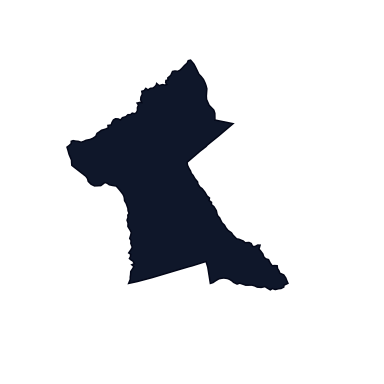 Araruna, Paraná, Brazil (Mercator projection), rotated 122°
{"feature_id": "56859067B30533502140604", "entity_name": "Araruna", "entity_type": "district", "adm_level": 2, "iso_a3": "BRA", "parent_name": "Brazil", "parent_adm1": "Paraná", "projection": "mercator", "projection_center": [-52.579, -23.926], "detail": "fine", "context": "isolated", "style": "filled", "palette": "ink", "viewbox_px": 384, "rotation_deg": 122, "n_neighbors": 0, "source": "geoboundaries", "source_scale": "gbopen_adm2", "svg_char_len": 3013}
<svg xmlns="http://www.w3.org/2000/svg" viewBox="0 0 384 384"><g transform="rotate(122 192 192)"><path d="M218.6,62.2L216.6,65.1L215.2,66.9L213.7,70.3L214.3,74.6L212.8,76.4L211.6,78.9L209.4,80.7L210.7,83.1L212.1,84.9L210.7,88.2L208.8,91.3L209.6,94.2L208.9,96.9L207.0,99.1L205.7,102.4L204.9,105.0L203.0,105.5L201.0,106.1L202.2,108.2L204.9,109.7L206.0,111.8L204.3,114.5L204.6,116.9L206.9,120.1L206.4,122.5L206.8,124.8L207.2,127.2L208.1,129.3L206.8,134.5L205.7,136.9L205.5,141.2L204.4,144.3L202.9,146.9L202.2,150.3L200.5,153.0L199.2,155.0L198.7,157.2L197.6,158.9L194.9,161.5L192.8,165.7L192.4,168.8L190.4,170.0L190.1,173.1L187.8,174.0L187.4,177.1L185.3,181.0L183.8,185.2L183.6,188.0L182.2,191.1L180.4,192.7L179.1,196.7L177.4,199.8L176.6,202.4L174.8,204.6L173.7,206.9L171.7,210.0L169.4,211.9L153.3,206.9L148.7,205.2L146.0,204.2L144.0,203.9L130.7,199.3L112.3,193.4L118.8,210.7L113.2,214.3L111.0,216.9L110.0,220.9L109.4,223.4L105.8,228.7L103.0,230.7L96.6,234.1L94.5,236.3L92.8,238.4L90.5,241.9L89.2,245.5L88.5,248.5L86.7,251.3L85.3,253.5L84.0,255.6L82.5,258.2L80.9,263.1L82.6,264.8L85.4,264.4L88.7,265.4L92.2,266.0L95.0,266.7L97.2,268.0L98.4,270.6L100.1,272.4L104.4,271.8L108.1,273.0L109.7,271.7L111.2,273.2L113.2,272.3L114.2,270.3L115.7,271.7L116.5,273.9L119.2,276.3L118.7,279.5L120.5,279.0L122.6,279.4L124.6,280.2L126.2,282.3L128.8,283.4L128.6,286.1L131.4,286.3L133.2,288.0L135.3,286.0L138.6,285.6L141.0,284.4L142.8,282.0L143.8,283.9L145.7,285.7L146.6,283.5L149.4,283.0L151.7,281.5L154.3,281.2L156.0,282.2L156.8,284.5L159.0,285.1L160.4,287.3L163.2,288.0L165.8,290.4L168.9,290.8L169.1,293.2L170.4,295.7L172.5,296.8L175.4,296.7L178.0,296.1L180.1,298.6L181.9,297.0L184.4,298.6L187.6,301.5L190.0,302.4L192.6,303.6L195.8,303.1L199.1,304.6L201.5,306.3L204.3,309.3L206.4,310.6L208.6,312.4L209.2,315.1L210.6,317.9L211.4,320.0L213.0,321.3L214.9,320.1L217.7,320.8L220.2,321.8L222.7,318.9L225.2,316.2L228.8,311.1L231.0,309.6L233.1,308.0L234.9,290.4L236.0,287.7L238.0,285.6L238.9,281.7L238.5,277.9L234.9,272.7L233.1,272.0L230.1,270.9L229.5,268.6L229.7,266.0L228.6,262.9L227.1,259.4L228.1,256.1L229.1,253.1L230.5,249.4L231.7,247.5L233.1,246.1L235.1,244.6L236.6,241.7L239.8,237.7L241.8,236.3L243.4,234.1L245.6,234.2L247.5,232.8L250.3,232.2L252.2,229.8L255.2,228.1L257.1,224.3L258.6,222.0L261.4,221.0L264.4,220.2L265.4,218.0L268.1,216.6L270.4,213.4L273.2,213.2L277.2,213.4L277.3,211.0L279.5,209.9L281.6,209.8L281.9,207.6L281.9,205.5L283.3,202.9L285.6,204.5L286.0,201.8L288.4,201.7L291.9,201.8L294.6,200.3L296.9,199.3L298.7,198.1L300.8,197.7L303.1,197.3L296.9,190.9L285.9,180.6L264.0,161.3L256.9,155.0L254.7,152.9L243.5,143.3L247.5,138.7L259.8,128.0L257.7,126.2L254.7,124.9L251.4,123.2L249.7,121.4L248.1,119.5L246.6,116.1L246.2,113.9L246.2,111.2L246.6,108.8L246.2,105.0L244.0,103.2L243.0,99.1L242.6,97.1L241.3,95.1L239.2,91.8L238.4,89.1L238.1,86.3L236.3,82.8L233.5,79.9L233.6,77.6L233.5,73.7L231.3,72.7L230.6,69.7L228.1,67.3L226.7,65.4L224.0,63.8L222.3,64.6L218.6,62.2Z" fill="#0f172a" stroke="#020617" stroke-width="1.5"/></g></svg>